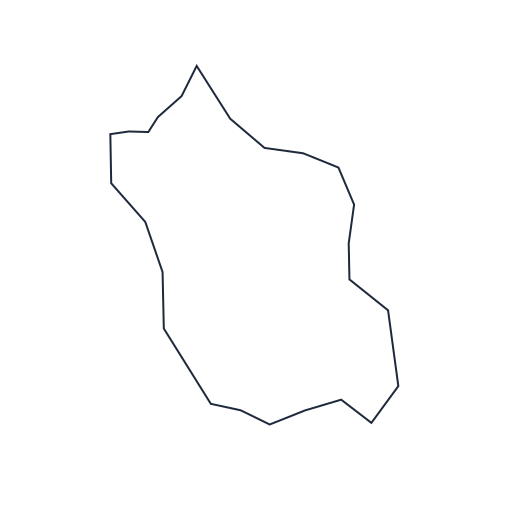 SVG path tracing the border of Mitooma, rotated 22°
{"feature_id": "UGA-5622", "entity_name": "Mitooma", "entity_type": "District", "adm_level": 1, "iso_a3": "UGA", "parent_name": "Uganda", "parent_adm1": "", "projection": "orthographic", "projection_center": [30.044, -0.633], "detail": "fine", "context": "isolated", "style": "outline", "palette": "slate", "viewbox_px": 512, "rotation_deg": 22, "n_neighbors": 0, "source": "natural_earth", "source_scale": "10m", "svg_char_len": 474}
<svg xmlns="http://www.w3.org/2000/svg" viewBox="0 0 512 512"><g transform="rotate(22 256 256)"><path d="M425.5,367.5L388.8,357.3L359.3,380.8L331.8,407.1L299.6,404.8L269.5,410.0L197.7,357.8L175.4,305.9L140.6,265.9L94.5,242.8L75.3,197.6L91.4,188.2L109.7,181.4L113.0,163.9L127.1,135.6L129.8,102.0L180.7,138.4L223.4,152.6L261.3,143.1L299.3,143.1L327.7,171.6L337.2,209.5L351.4,242.7L398.8,256.9L436.7,323.3L425.5,367.5Z" fill="none" stroke="#1e293b" stroke-width="2"/></g></svg>